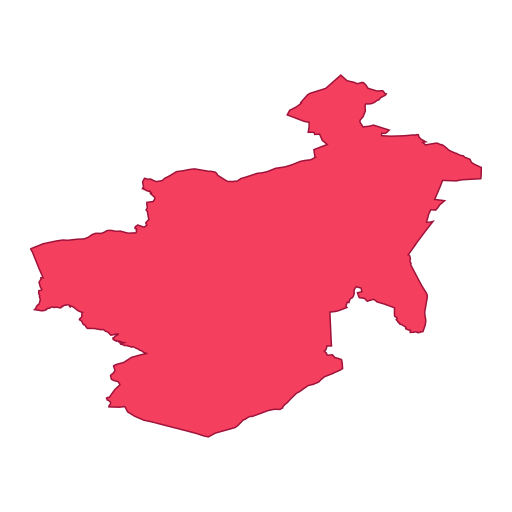 Kurmāles pag., Kuldigas, Latvia
{"feature_id": "27541924B2673216189448", "entity_name": "Kurmāles pag.", "entity_type": "district", "adm_level": 2, "iso_a3": "LVA", "parent_name": "Latvia", "parent_adm1": "Kuldigas", "projection": "equal_earth", "projection_center": [21.84, 56.915], "detail": "fine", "context": "isolated", "style": "filled", "palette": "rose", "viewbox_px": 512, "rotation_deg": 0, "n_neighbors": 0, "source": "geoboundaries", "source_scale": "gbopen_adm2", "svg_char_len": 5992}
<svg xmlns="http://www.w3.org/2000/svg" viewBox="0 0 512 512"><path d="M235.3,427.5L238.0,425.4L243.2,420.0L244.8,419.5L248.0,417.4L249.8,416.5L252.4,416.4L268.3,410.5L274.2,409.3L280.1,409.4L281.5,408.4L282.5,408.1L282.7,407.3L284.1,405.3L287.6,402.3L290.9,398.7L296.5,393.2L299.6,391.6L307.7,385.8L309.4,385.2L313.1,384.4L318.6,382.1L321.3,379.3L324.6,376.7L333.3,373.3L334.0,372.8L339.9,370.2L342.6,368.6L342.2,362.7L341.5,359.6L338.5,358.5L334.8,357.5L332.4,354.8L327.8,355.2L326.7,354.6L326.6,353.3L324.4,351.2L325.9,349.7L326.7,347.4L326.7,346.0L331.5,345.9L331.1,339.9L329.9,312.1L335.2,311.5L338.5,310.7L346.9,307.5L345.9,306.4L347.2,302.2L348.9,302.6L349.7,299.9L350.7,298.4L352.1,297.9L353.2,296.4L354.2,293.7L354.0,291.3L354.5,289.1L356.1,286.9L358.1,287.2L361.1,288.1L361.8,291.7L357.4,292.8L359.2,297.6L364.5,298.4L367.2,301.2L373.5,299.3L375.5,300.5L377.0,301.9L384.5,304.1L394.5,307.8L394.4,313.0L394.6,316.2L396.9,317.7L397.1,318.7L396.2,319.7L397.7,321.2L398.0,322.1L398.3,322.1L398.9,322.8L399.4,323.0L399.2,323.3L399.7,324.0L402.0,324.8L405.8,327.0L405.5,327.9L405.9,328.9L408.8,330.1L409.6,329.9L410.2,330.1L410.4,330.4L410.2,332.4L413.3,332.3L415.9,331.8L418.1,332.8L418.7,332.4L420.1,332.4L420.8,331.8L422.9,331.7L425.1,325.5L425.8,321.5L425.7,319.6L424.9,315.0L424.7,312.0L427.2,297.8L427.3,295.5L426.9,294.2L425.8,292.1L421.6,285.5L411.7,266.7L410.7,264.6L410.7,264.2L411.0,263.4L410.0,261.3L410.0,259.9L410.4,259.0L409.8,256.0L408.6,254.6L408.3,254.6L415.5,244.7L415.3,244.6L426.8,229.3L433.0,221.4L430.0,222.2L426.6,222.2L426.8,220.6L427.4,219.2L428.6,214.4L430.8,209.7L435.6,210.1L437.6,208.0L439.7,204.9L444.6,200.7L434.7,199.4L440.1,186.8L442.5,180.6L442.6,180.4L456.2,180.9L461.8,179.8L480.8,178.7L481.2,174.0L481.3,167.5L474.6,164.4L471.4,162.4L470.0,159.3L464.5,157.2L463.5,155.9L459.6,155.1L456.3,153.3L455.8,153.3L451.5,151.5L449.0,150.2L444.1,146.0L441.9,144.6L441.5,145.0L437.4,143.2L436.2,143.1L425.5,144.9L422.7,142.4L425.7,141.8L420.4,138.8L419.9,137.9L419.2,137.4L418.3,134.7L416.9,134.6L415.1,135.3L414.7,135.0L414.0,134.9L403.7,135.8L390.8,136.2L381.6,135.7L381.5,135.0L381.9,133.1L384.6,133.4L386.3,132.9L389.2,130.1L373.4,125.1L369.5,126.2L363.0,126.9L360.0,122.1L360.0,121.2L360.1,120.2L363.1,116.6L365.4,110.9L365.1,107.6L365.2,105.0L366.0,103.8L367.6,104.0L371.2,103.7L374.5,102.4L377.0,100.4L378.8,99.9L380.5,97.8L385.7,94.9L386.2,93.9L385.3,93.9L382.7,90.7L377.0,91.0L368.0,88.3L365.6,84.6L363.2,82.5L362.0,82.5L357.1,83.7L354.4,82.4L347.0,80.7L340.8,75.1L325.7,88.4L309.8,93.4L307.5,94.9L300.7,102.6L301.3,103.2L296.7,106.7L290.8,109.8L289.8,110.1L287.2,114.9L303.7,121.2L306.5,121.9L309.0,122.1L309.2,126.4L308.2,132.3L314.0,132.3L314.7,134.4L319.6,134.2L322.4,140.6L323.5,141.3L327.2,144.5L313.9,149.6L314.9,156.8L315.5,157.1L313.2,158.5L310.6,159.8L304.6,160.5L300.3,161.4L291.9,164.8L285.0,166.9L275.6,168.3L267.1,171.7L261.7,172.9L257.4,173.3L246.5,176.9L240.8,178.6L237.5,180.9L236.5,181.3L235.2,181.1L233.2,181.5L227.4,181.4L217.6,175.2L216.6,173.3L215.3,172.2L210.8,171.2L210.4,171.4L208.8,171.3L194.7,168.9L190.0,169.4L182.3,170.9L176.5,171.6L169.8,175.7L164.6,178.4L162.2,180.6L156.5,181.6L153.3,180.5L151.8,179.5L150.8,179.4L150.6,179.0L149.3,179.2L146.6,179.0L145.6,178.5L144.5,178.3L142.6,181.8L143.6,187.7L142.7,187.9L142.5,188.5L143.0,188.5L143.1,188.9L143.6,189.0L144.5,189.6L145.1,189.6L145.3,189.9L146.7,190.5L147.0,190.9L147.8,190.8L148.4,191.3L149.6,191.2L149.4,191.5L149.5,191.7L150.3,191.9L150.5,192.2L151.2,192.6L151.5,192.9L150.5,193.6L154.7,197.4L154.8,199.1L153.0,201.6L147.0,202.3L146.7,203.5L147.3,207.8L146.1,210.0L147.3,211.4L148.6,218.6L148.9,219.3L145.7,222.9L146.8,225.1L144.2,227.2L137.6,225.0L137.0,225.7L135.8,226.3L135.0,227.2L135.1,228.6L136.4,228.6L136.6,228.9L136.3,230.4L136.5,231.6L135.8,233.0L134.1,232.9L128.2,233.2L120.2,231.1L115.8,231.3L111.4,230.4L108.2,230.4L106.5,230.8L104.4,232.2L101.2,233.4L95.9,233.3L94.5,233.7L91.9,234.7L88.4,237.2L84.2,238.9L76.2,239.3L67.8,240.3L62.8,240.0L56.1,241.0L42.9,243.8L39.2,245.4L31.0,248.6L30.7,249.1L32.4,252.0L38.9,268.2L43.1,277.8L40.8,277.8L41.0,279.0L39.0,282.3L40.4,287.2L41.9,289.6L41.5,290.2L38.9,290.6L38.7,292.4L38.8,293.8L39.7,295.7L39.4,296.7L39.7,297.8L40.3,299.1L39.6,302.4L38.9,304.3L37.3,305.3L36.2,307.0L35.6,308.6L34.5,309.6L41.6,310.8L42.8,310.8L43.3,310.5L44.6,310.5L45.5,309.9L46.0,309.9L46.5,309.6L46.4,309.3L47.2,308.5L47.5,308.6L48.1,308.3L49.6,308.3L50.6,307.3L51.5,307.0L54.5,307.5L55.8,307.1L60.7,307.9L60.9,307.8L61.8,306.8L62.2,306.7L62.3,306.3L62.7,306.4L62.8,306.0L63.7,305.7L64.3,305.2L65.0,305.3L67.7,304.8L68.9,304.9L69.5,305.3L69.7,305.7L69.5,306.4L69.8,306.7L70.3,307.0L71.1,305.9L71.6,306.1L73.7,307.3L78.0,310.7L82.1,312.5L82.6,312.5L81.8,314.2L81.7,315.3L81.9,316.2L81.6,317.2L79.8,318.7L79.4,319.7L81.6,321.1L83.3,324.5L85.2,325.2L85.9,326.7L87.3,328.4L94.3,328.5L100.8,329.7L103.3,329.5L105.5,331.2L107.8,332.0L110.9,335.2L117.9,333.8L117.9,334.8L117.0,334.8L116.6,335.3L116.0,335.5L115.9,335.9L114.6,336.6L114.6,337.0L114.1,337.6L113.1,337.9L113.4,338.5L113.0,338.8L112.9,339.0L114.6,340.4L116.2,340.5L116.3,340.8L116.1,341.0L116.3,341.2L118.5,341.0L118.8,341.1L118.6,341.7L118.9,342.0L120.3,341.5L121.3,341.7L121.7,342.1L122.4,342.4L124.3,342.7L123.3,343.1L121.4,342.8L120.1,343.1L120.6,344.1L121.0,344.3L123.1,344.7L124.7,345.6L126.8,345.5L128.1,346.1L130.8,346.7L131.5,347.2L132.6,346.7L134.1,347.1L136.4,348.4L137.7,348.8L139.6,350.1L141.3,350.7L144.1,352.6L146.4,353.3L146.6,353.5L140.0,355.0L131.5,357.4L123.8,362.4L116.1,364.5L113.7,365.7L113.6,366.4L115.0,370.2L113.6,372.8L110.8,375.1L110.5,375.7L111.4,379.2L113.6,380.4L118.1,381.7L119.8,384.2L120.0,384.7L114.9,389.5L109.3,397.3L107.4,397.5L106.5,398.1L107.0,399.0L107.0,399.8L108.8,400.6L110.1,401.7L110.7,402.9L110.6,403.6L109.0,405.9L108.9,406.9L119.2,407.2L124.8,406.6L127.3,411.2L127.5,411.8L134.6,416.2L143.8,420.2L150.2,421.5L195.1,433.1L203.8,435.9L208.4,436.9L215.3,433.1L235.3,427.5Z" fill="#f43f5e" stroke="#9f1239" stroke-width="1.5"/></svg>